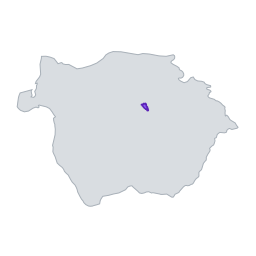 Brezoi, Vâlcea, Romania shown in context, rotated 178°
{"feature_id": "2599482B31107068375666", "entity_name": "Brezoi", "entity_type": "district", "adm_level": 2, "iso_a3": "ROU", "parent_name": "Romania", "parent_adm1": "Vâlcea", "projection": "mercator", "projection_center": [24.205, 45.404], "detail": "fine", "context": "in_parent", "style": "filled", "palette": "violet", "viewbox_px": 256, "rotation_deg": 178, "n_neighbors": 0, "source": "geoboundaries", "source_scale": "gbopen_adm2", "svg_char_len": 4848}
<svg xmlns="http://www.w3.org/2000/svg" viewBox="0 0 256 256"><g transform="rotate(178 128 128)"><path d="M203.3,146.8L205.7,150.2L208.9,152.0L216.0,154.0L216.7,153.7L216.8,153.4L216.3,152.9L216.2,152.2L216.5,151.5L217.5,151.4L219.2,152.1L222.3,151.1L226.8,148.4L231.0,147.8L234.8,149.4L236.8,151.3L238.0,153.1L237.6,155.3L237.4,156.7L236.4,162.3L235.7,164.4L234.6,166.8L222.7,169.6L223.5,168.3L223.2,165.9L222.7,164.1L223.8,162.5L221.2,161.9L220.0,162.8L219.1,164.3L219.9,167.9L218.6,169.9L218.1,171.0L218.0,173.6L217.3,174.7L217.1,175.9L219.0,175.6L218.2,177.8L214.6,182.1L213.4,184.7L213.7,194.8L212.1,200.8L212.0,202.6L208.2,202.6L207.1,202.5L203.5,201.6L199.5,200.0L197.2,196.9L195.7,194.7L192.3,195.7L191.6,195.4L190.7,194.3L188.2,193.6L185.0,193.6L177.9,189.5L177.1,188.9L171.6,189.5L163.2,191.6L156.9,194.0L150.3,198.4L147.6,201.8L144.6,203.6L140.2,204.9L132.3,204.4L124.1,202.7L115.4,200.9L110.6,201.9L104.2,201.2L94.5,199.0L87.3,198.3L80.2,199.6L79.0,198.6L78.8,197.5L79.0,196.0L80.0,194.7L81.8,193.7L82.7,192.7L82.8,191.7L80.8,190.1L76.9,187.9L75.2,186.6L74.8,186.2L74.7,185.0L73.9,184.0L72.4,183.3L71.2,182.0L70.4,180.1L70.5,178.4L71.7,176.7L73.3,176.0L75.1,176.2L75.9,175.8L75.6,174.6L73.8,173.1L70.4,171.3L67.0,172.3L63.5,176.1L61.0,176.7L59.5,174.1L56.7,172.6L52.8,172.1L50.4,171.2L49.5,169.7L47.8,168.6L44.0,167.4L43.9,166.2L44.5,165.9L45.9,165.8L47.7,165.6L48.0,164.9L48.0,164.3L46.6,163.6L45.1,163.1L44.4,162.5L43.9,162.0L43.8,161.4L44.2,161.0L44.8,160.9L45.4,160.6L45.7,159.2L46.5,158.1L47.0,157.6L47.0,156.8L46.4,156.0L45.6,155.3L44.5,154.9L40.9,153.7L39.0,152.1L37.9,152.0L36.2,151.1L34.3,149.6L32.6,147.6L30.8,146.2L30.4,145.7L30.3,145.2L30.6,144.6L30.6,143.9L30.2,141.9L30.5,139.8L30.4,137.8L30.4,136.9L30.0,136.6L29.7,136.9L29.3,137.3L28.8,137.3L27.5,135.9L25.9,132.9L24.7,131.9L22.5,130.5L20.7,129.3L19.4,126.8L18.0,124.9L18.9,124.0L24.2,122.9L26.6,124.0L27.7,123.6L28.8,122.7L29.4,122.0L29.5,121.2L30.0,120.2L31.8,119.8L36.5,120.4L38.4,119.0L39.1,118.3L39.6,116.7L40.1,115.3L41.8,114.6L41.7,113.4L41.5,112.1L42.5,109.2L43.1,108.0L44.0,107.6L45.2,106.7L47.2,104.8L46.7,103.1L47.1,101.9L49.2,98.9L50.8,96.0L50.8,94.5L51.0,93.2L52.4,91.8L53.9,90.0L55.8,84.3L56.5,83.3L57.8,82.3L58.7,81.2L58.8,77.4L59.7,76.3L61.5,75.1L63.2,73.1L64.5,70.8L65.6,69.7L67.0,69.4L68.6,68.5L70.3,68.2L71.9,68.6L73.0,68.4L74.6,67.3L78.7,63.0L79.2,62.1L80.1,61.5L83.4,60.1L84.2,58.6L85.3,57.3L86.8,57.4L91.6,60.6L96.7,60.4L97.7,60.6L98.0,60.6L98.6,60.9L105.4,62.5L106.5,62.3L106.7,62.2L109.5,63.6L111.9,63.4L114.2,62.5L116.6,62.1L118.8,62.7L120.5,64.6L124.8,68.6L126.1,70.1L128.1,69.9L130.3,69.1L132.6,66.4L139.4,63.4L144.6,62.6L149.7,61.4L155.6,60.6L157.4,58.1L158.3,56.4L159.0,53.2L162.1,52.3L165.2,51.6L166.3,51.2L168.5,51.1L170.2,51.4L172.8,52.9L174.7,54.9L175.4,56.5L177.0,58.6L178.6,61.7L180.5,65.8L180.9,67.9L181.6,70.1L182.9,72.8L185.6,75.8L185.9,76.3L187.1,78.4L189.4,83.1L191.3,84.9L193.0,86.9L193.8,89.0L195.0,90.8L197.8,93.2L200.0,95.5L201.8,101.8L203.1,104.7L203.9,106.9L203.5,111.4L204.0,113.3L203.0,116.8L201.1,123.8L200.7,129.4L201.0,132.4L201.0,134.3L201.5,135.5L202.0,138.1L202.1,140.3L201.4,140.9L200.5,141.4L200.1,141.9L201.0,142.9L202.1,144.7L203.3,146.8Z" fill="#d9dde1" stroke="#a8b0b8" stroke-width="1"/><path d="M113.2,151.1L113.3,151.0L113.5,151.0L113.5,150.9L113.7,150.7L113.4,150.5L113.2,150.5L113.1,150.4L112.9,150.3L112.9,150.2L112.8,149.9L112.8,149.7L112.7,149.7L112.5,149.4L112.4,149.4L112.3,149.2L112.2,149.2L112.1,148.9L112.0,148.7L111.9,148.6L111.9,148.4L111.7,148.3L111.6,148.2L111.4,148.0L111.4,147.9L111.2,147.7L111.1,147.4L110.9,147.3L110.8,147.2L110.7,147.1L110.4,146.9L110.2,146.8L110.2,146.7L109.9,146.4L109.7,146.1L109.4,146.1L109.2,146.1L109.0,145.9L108.9,145.9L108.7,145.8L108.6,145.7L108.4,145.4L108.4,145.2L108.3,144.9L108.2,144.9L108.0,144.7L107.8,144.8L107.7,144.8L107.7,144.7L107.2,144.7L107.1,144.8L107.1,145.0L107.2,145.3L107.3,145.4L107.3,145.5L107.5,145.6L107.7,145.8L107.8,145.9L107.8,146.0L108.0,146.2L107.9,146.2L108.0,146.2L108.0,146.3L107.9,146.3L108.0,146.4L108.0,146.5L107.9,146.6L108.0,146.6L107.9,146.7L108.0,146.7L108.0,146.8L107.9,146.8L107.9,147.0L108.0,146.9L108.0,147.0L108.1,147.3L108.1,147.5L108.2,147.8L108.2,148.0L108.2,148.3L108.1,148.5L108.3,148.6L108.3,148.8L108.5,149.0L108.7,149.3L108.8,149.3L108.8,149.5L108.9,149.8L108.9,150.0L109.0,150.2L108.9,150.2L108.9,150.4L108.9,150.5L108.9,150.8L108.9,151.0L109.0,151.1L109.1,151.3L109.3,151.5L109.4,151.8L109.5,151.9L109.7,152.0L109.8,152.0L110.0,152.0L110.0,151.9L110.1,151.7L110.3,151.5L110.5,151.6L110.8,151.6L110.9,151.4L111.0,151.4L111.1,151.5L111.3,151.6L111.5,151.6L111.8,151.6L112.0,151.5L111.7,151.5L111.6,151.4L111.8,151.3L111.9,151.2L112.0,151.2L112.0,151.3L112.1,151.2L112.1,151.3L112.3,151.3L112.3,151.2L112.5,151.1L112.9,151.0L113.0,151.0L113.2,151.1Z" fill="#8b5cf6" stroke="#5b21b6" stroke-width="1.5"/></g></svg>